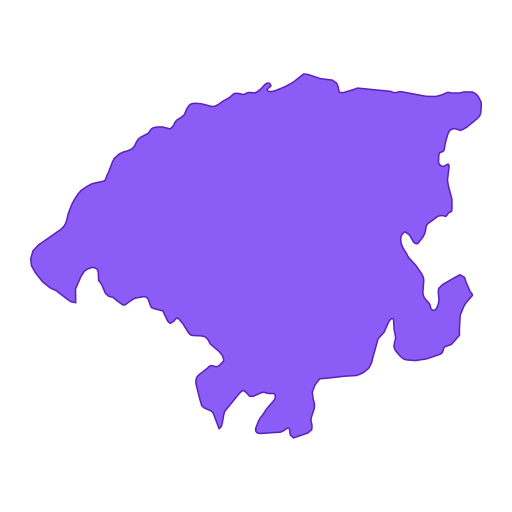 SVG path tracing the border of Lara
{"feature_id": "VEN-34", "entity_name": "Lara", "entity_type": "State", "adm_level": 1, "iso_a3": "VEN", "parent_name": "Venezuela", "parent_adm1": "", "projection": "natural_earth1", "projection_center": [-69.693, 10.08], "detail": "fine", "context": "isolated", "style": "filled", "palette": "violet", "viewbox_px": 512, "rotation_deg": 0, "n_neighbors": 0, "source": "natural_earth", "source_scale": "10m", "svg_char_len": 5355}
<svg xmlns="http://www.w3.org/2000/svg" viewBox="0 0 512 512"><path d="M460.2,315.3L459.4,329.3L459.4,332.4L459.5,334.9L459.5,335.2L459.4,335.3L451.9,343.9L451.0,344.6L445.1,346.6L444.0,347.8L443.4,349.4L443.1,350.9L442.5,352.1L441.8,353.1L440.9,353.8L439.8,354.4L426.5,358.9L415.3,360.6L406.6,359.9L404.1,359.2L402.3,358.0L400.2,356.1L396.4,351.8L394.8,349.3L394.0,347.1L394.0,345.5L394.5,342.4L395.3,339.7L395.6,338.3L395.3,335.3L394.1,329.5L393.5,319.7L392.9,318.7L391.4,318.7L390.1,319.9L388.6,322.1L384.0,332.4L378.1,338.8L372.7,358.1L371.5,363.0L368.7,368.3L363.0,372.9L356.7,375.5L344.8,376.2L333.5,377.5L326.7,378.2L319.9,378.8L317.0,382.1L314.8,385.4L312.3,392.1L312.7,395.4L313.1,398.7L314.2,402.7L314.4,404.2L314.5,407.4L314.2,408.7L311.2,417.8L311.0,420.2L311.2,422.0L311.6,423.3L311.9,424.7L312.0,426.4L311.9,428.1L311.7,429.7L308.0,432.9L293.6,437.9L290.4,435.2L289.8,432.3L289.8,430.7L289.5,429.3L288.8,428.3L287.6,428.2L286.2,428.9L284.0,430.5L280.7,432.1L260.6,433.5L258.9,433.3L257.0,432.8L255.8,431.1L255.6,429.5L255.8,428.0L258.8,420.4L260.8,417.2L262.4,415.3L266.5,409.0L274.4,399.8L274.9,398.6L275.3,397.3L275.3,395.9L274.9,394.6L274.0,393.7L272.4,393.4L269.9,393.6L268.2,393.4L266.7,393.1L264.3,392.3L263.0,392.2L260.9,392.9L253.5,396.2L251.3,396.4L249.7,396.3L248.6,395.2L247.9,394.3L246.3,392.6L244.4,391.1L243.4,390.5L241.7,391.2L239.6,393.1L225.1,410.9L224.4,412.5L223.7,415.0L222.3,423.0L221.3,426.5L219.1,428.7L213.3,413.4L212.4,412.2L211.3,411.1L203.8,407.7L201.7,405.7L199.9,399.5L196.0,384.1L195.9,382.5L195.9,380.8L196.2,379.0L196.8,377.2L198.3,375.4L199.5,374.3L207.3,368.3L208.3,367.2L209.6,366.1L210.8,365.6L212.1,365.6L215.8,366.7L217.0,366.6L218.1,366.2L219.2,365.5L222.7,362.0L223.4,361.0L223.7,359.6L223.0,357.3L222.4,355.8L221.7,354.5L218.9,351.3L210.2,343.9L209.0,341.5L207.8,339.4L207.0,338.5L206.1,337.7L205.2,336.9L203.5,336.3L201.4,335.9L193.0,335.5L191.4,335.2L189.9,334.4L188.4,332.6L182.8,323.6L182.1,322.8L181.5,322.0L178.8,319.0L177.9,318.3L176.9,318.1L175.7,319.0L174.8,319.9L174.0,321.1L170.2,323.4L167.9,321.4L166.2,318.1L162.8,310.9L154.9,308.9L151.5,307.6L150.3,305.2L148.1,299.0L146.4,297.0L143.2,296.7L134.7,298.3L132.5,299.6L128.5,302.3L125.1,304.9L122.8,304.9L117.7,301.3L112.9,297.3L108.7,296.3L105.5,293.4L101.6,284.5L98.5,280.2L98.5,277.5L98.2,272.3L97.3,269.3L94.2,267.6L91.4,267.6L87.7,269.0L84.3,271.3L80.9,276.5L75.5,289.1L75.7,302.7L71.1,301.8L67.7,299.6L56.4,290.8L50.0,287.8L42.4,281.6L35.2,272.4L31.5,265.8L30.7,258.7L33.0,250.8L38.3,245.1L61.0,229.3L64.4,225.7L65.9,222.7L67.0,219.1L68.2,213.9L70.5,207.7L72.3,203.3L75.0,198.5L76.5,196.3L78.0,194.1L81.0,190.5L86.7,186.6L91.6,183.9L96.5,182.6L101.1,181.7L104.5,180.9L105.6,179.1L106.7,176.0L108.6,172.1L109.8,169.0L112.4,162.0L114.3,158.4L119.2,154.0L123.8,151.8L127.2,151.0L132.1,148.8L134.7,145.7L136.6,141.7L138.3,139.1L141.4,136.8L147.7,133.6L149.3,131.9L151.3,129.0L153.0,127.9L156.8,127.0L162.1,126.9L170.3,128.9L174.0,125.0L174.3,123.6L175.4,121.7L176.9,120.0L180.9,117.6L184.2,114.9L186.8,108.8L188.2,106.6L188.9,105.7L189.8,104.8L190.8,104.1L192.4,103.6L194.6,103.3L201.0,103.7L212.0,106.5L213.8,106.4L215.9,105.8L219.4,103.8L222.6,101.4L229.6,97.4L233.7,93.8L235.4,93.3L238.5,93.5L240.4,93.8L242.0,94.3L243.4,94.4L244.9,94.1L247.0,92.9L248.8,92.4L251.4,92.6L253.1,92.9L255.1,92.7L257.2,91.8L260.3,89.4L263.1,86.5L263.9,85.6L264.7,84.7L265.8,83.9L266.9,83.2L268.7,83.1L269.8,83.4L271.0,85.9L269.2,87.6L268.4,88.1L267.5,89.0L267.1,89.9L267.5,90.8L268.6,91.3L270.1,91.5L272.1,91.4L274.7,90.9L284.4,87.0L293.1,82.3L303.4,74.1L305.5,74.1L308.4,74.6L320.2,78.6L332.3,80.1L336.1,82.7L336.8,83.7L337.6,85.1L338.3,87.9L338.6,89.4L338.9,90.8L339.4,92.0L341.2,92.6L343.4,92.6L353.7,89.5L356.3,88.4L357.7,88.1L390.2,91.3L391.5,91.7L392.7,92.2L394.0,92.6L395.5,92.7L399.6,91.7L401.5,91.7L426.1,96.3L435.7,96.5L441.6,95.0L447.1,92.5L448.5,92.3L451.0,93.0L459.2,93.0L464.4,91.9L472.3,92.0L475.5,93.6L476.7,94.8L477.9,95.9L481.1,102.0L481.3,105.5L480.8,112.2L480.5,113.7L479.5,116.2L477.5,118.4L466.8,127.2L463.1,129.3L460.4,130.4L455.6,128.8L454.8,128.7L453.8,128.7L452.7,129.0L450.4,129.9L449.1,131.6L447.7,134.4L445.0,144.5L444.4,148.9L443.9,150.4L442.9,151.5L439.7,152.7L438.9,154.7L438.5,160.9L438.7,162.9L439.4,164.5L441.2,165.9L442.7,166.3L444.1,166.2L447.2,164.4L448.2,164.1L448.8,164.9L449.1,166.6L447.5,179.7L447.8,182.4L448.4,185.9L451.9,199.1L452.0,208.0L451.6,211.3L448.4,213.0L447.0,215.2L446.4,215.9L445.4,216.5L444.1,215.8L442.4,215.6L439.8,215.7L437.6,216.5L428.1,223.5L426.9,224.8L426.2,226.4L425.7,229.6L425.0,232.5L424.6,233.8L423.4,236.2L422.0,238.3L419.7,241.0L418.7,242.6L418.0,243.3L416.9,243.8L415.0,243.3L413.5,242.0L409.4,234.9L404.9,231.7L403.1,233.2L401.7,235.1L401.2,236.2L400.9,237.4L400.8,238.3L400.7,239.5L401.1,242.9L401.4,244.1L403.1,248.1L406.9,254.2L407.4,255.4L408.7,257.6L416.0,265.6L421.6,273.7L422.7,275.9L423.3,277.3L423.6,278.9L423.8,280.3L422.9,292.0L423.0,293.6L423.3,295.0L423.7,296.3L424.3,297.5L425.7,299.5L429.0,303.1L429.6,304.2L430.2,305.4L430.7,307.9L431.0,308.7L431.7,309.5L432.7,310.1L434.4,310.4L435.7,309.4L436.9,307.6L438.3,303.9L438.8,301.6L438.9,299.5L438.3,292.7L438.4,290.0L438.6,288.5L442.8,284.4L459.8,274.7L464.5,277.3L466.0,282.0L470.3,291.8L471.9,293.6L472.3,294.6L472.2,295.7L465.9,303.0L463.6,306.8L460.2,315.3Z" fill="#8b5cf6" stroke="#5b21b6" stroke-width="1.5"/></svg>